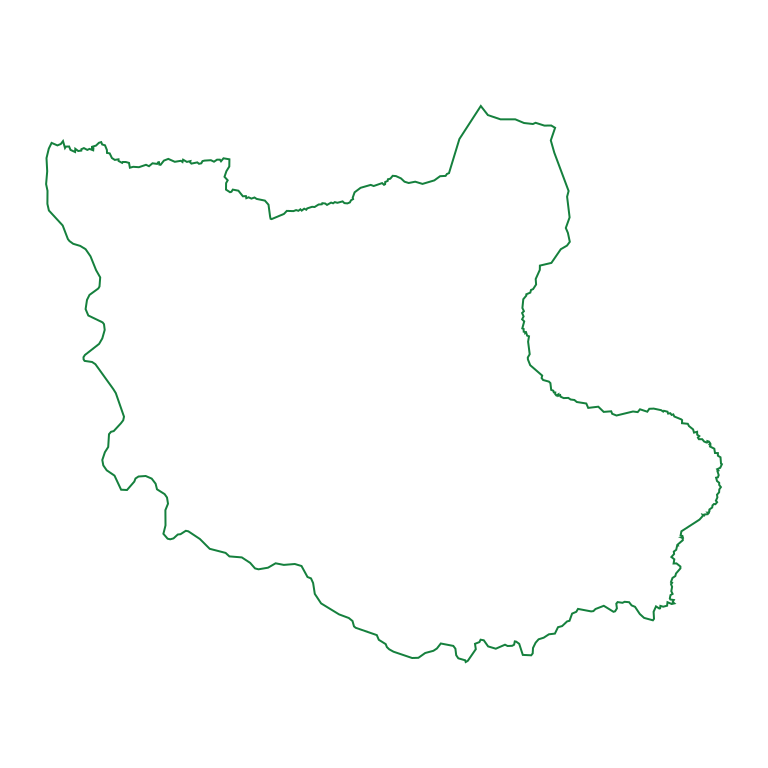 the district of Chembe, Luapula, Zambia
{"feature_id": "96606910B10415646720486", "entity_name": "Chembe", "entity_type": "district", "adm_level": 2, "iso_a3": "ZMB", "parent_name": "Zambia", "parent_adm1": "Luapula", "projection": "orthographic", "projection_center": [28.787, -11.746], "detail": "fine", "context": "isolated", "style": "outline", "palette": "green", "viewbox_px": 768, "rotation_deg": 0, "n_neighbors": 0, "source": "geoboundaries", "source_scale": "gbopen_adm2", "svg_char_len": 6065}
<svg xmlns="http://www.w3.org/2000/svg" viewBox="0 0 768 768"><path d="M555.1,127.8L551.2,125.5L544.4,125.6L535.6,122.8L532.9,124.0L524.0,123.0L515.2,119.3L500.4,119.3L487.9,115.1L480.8,106.0L459.4,139.0L449.0,173.1L446.9,174.0L445.6,175.9L440.1,176.2L434.3,180.4L422.5,183.9L415.2,181.7L408.7,183.0L404.5,181.7L401.0,178.4L396.0,176.1L392.7,175.8L390.3,178.7L387.9,179.3L387.7,180.9L385.2,182.0L385.1,184.2L384.0,184.8L382.1,183.1L373.7,186.0L370.7,184.9L360.6,187.8L354.6,192.3L352.7,197.7L353.1,199.1L351.0,200.3L349.9,202.4L347.4,203.4L344.4,203.1L342.6,201.4L337.4,202.8L334.8,202.1L333.1,203.3L331.1,202.6L327.0,204.9L325.2,203.5L322.3,203.2L321.8,204.3L318.6,204.5L314.6,207.0L312.1,206.8L307.2,208.4L306.3,209.7L304.2,208.7L301.7,210.6L300.4,209.3L298.4,210.8L296.1,210.1L293.5,211.1L286.8,210.9L284.0,213.9L271.6,219.1L270.6,218.8L270.1,216.6L268.5,204.7L264.9,200.6L256.6,198.9L254.5,197.5L251.4,198.6L248.6,197.3L246.3,198.2L245.9,196.1L242.9,196.3L238.4,190.7L232.8,189.6L231.4,191.8L230.0,192.2L226.0,189.6L226.1,183.1L227.7,180.3L224.5,176.8L226.4,171.2L229.3,166.5L229.4,159.3L223.5,158.3L221.0,161.3L219.9,159.7L217.0,159.7L214.0,161.7L210.9,160.2L204.5,160.6L202.5,161.1L201.3,163.3L199.0,163.8L197.3,162.4L191.4,163.6L190.1,162.3L190.4,161.1L186.9,161.9L183.1,159.7L182.5,162.0L180.9,160.8L174.8,161.8L168.3,158.9L163.9,160.6L160.6,164.8L159.3,164.6L159.0,162.2L158.3,162.2L157.1,163.9L152.5,163.3L149.0,166.2L146.0,164.8L138.9,167.2L133.2,166.8L129.9,167.7L129.0,162.9L125.8,162.0L122.8,162.0L122.2,162.9L118.6,161.0L118.5,159.3L114.8,159.9L111.9,158.0L109.7,153.4L107.0,152.9L106.9,150.0L105.0,145.3L102.2,144.5L101.2,142.1L98.9,142.8L96.0,145.6L92.0,146.8L92.0,147.9L93.4,148.3L93.2,150.3L89.5,148.9L87.3,149.9L83.9,148.1L81.4,149.2L81.3,150.6L78.2,151.0L75.3,148.8L75.1,152.0L70.5,149.9L69.1,146.5L65.9,146.6L65.0,148.0L63.0,141.1L60.8,144.0L57.4,145.4L51.6,142.9L48.8,148.6L46.5,158.1L47.2,171.3L46.1,184.1L47.5,190.8L47.4,203.9L48.9,210.5L62.7,225.5L67.9,239.1L69.5,241.1L73.2,243.8L80.2,245.9L85.6,249.2L90.5,256.3L96.1,270.2L100.2,277.4L99.5,286.5L98.3,288.5L89.5,294.9L87.0,299.9L85.6,309.1L88.3,315.5L102.6,322.4L104.0,324.2L104.7,329.9L102.3,338.4L99.1,343.9L84.9,355.0L83.5,357.2L83.6,359.4L84.6,360.9L92.1,362.0L95.4,364.2L113.3,389.1L115.8,393.1L124.0,416.7L123.2,420.3L120.9,423.3L113.7,431.1L111.0,431.8L109.0,434.2L108.2,447.0L104.9,452.2L102.3,460.0L103.3,465.4L106.7,470.3L114.5,475.6L121.1,489.7L127.0,490.0L134.3,481.6L135.5,478.5L138.5,476.5L145.7,476.0L151.7,478.6L155.6,483.7L157.0,489.3L164.6,494.1L167.0,497.5L168.0,503.7L165.4,510.1L165.5,525.4L163.4,533.8L167.6,538.7L170.2,539.3L173.5,538.4L177.8,534.5L180.5,534.2L185.8,530.8L188.3,531.3L199.9,539.0L209.7,548.8L225.6,552.9L229.4,556.4L241.8,557.4L250.2,562.9L255.0,568.4L258.5,569.3L268.0,567.7L275.6,563.3L283.8,564.9L294.8,564.0L301.5,566.0L307.5,577.0L311.0,578.4L313.1,583.0L314.8,593.9L321.1,603.4L339.1,614.4L348.8,618.0L352.5,621.0L354.0,626.4L355.7,627.8L376.8,635.1L378.8,639.8L385.7,644.1L386.9,647.1L389.2,649.3L393.5,651.7L412.1,658.0L418.4,657.8L425.2,653.0L433.4,650.8L436.9,648.5L440.8,643.5L453.3,645.9L455.4,648.7L456.2,655.2L458.3,658.3L465.2,660.3L465.7,662.0L467.8,660.8L475.8,649.2L475.0,643.8L479.4,642.1L480.6,639.7L483.8,640.3L488.1,646.4L495.8,648.7L505.0,644.7L507.6,646.0L512.2,645.8L514.1,644.7L514.8,641.4L516.1,641.6L519.2,643.8L522.8,654.9L531.2,655.3L532.7,653.4L533.0,648.0L535.6,642.7L538.6,639.3L543.7,637.7L548.9,634.3L554.9,633.6L558.0,627.2L562.1,626.1L567.1,621.4L569.5,620.8L572.1,613.6L576.3,611.8L578.0,608.9L591.1,611.4L593.4,611.1L595.5,609.0L603.8,605.8L613.5,611.8L615.1,611.3L616.9,608.4L616.3,603.7L617.6,602.1L622.5,602.8L624.6,601.8L629.1,602.2L631.6,605.4L635.0,606.8L639.8,614.0L644.1,617.9L652.9,620.3L654.0,618.8L653.6,611.8L656.0,606.4L659.3,608.5L660.1,608.3L660.4,605.9L663.2,606.7L667.1,605.7L667.5,602.2L671.7,604.0L674.3,603.4L672.7,602.0L673.8,600.0L670.4,599.5L669.8,598.5L670.5,595.1L672.6,593.9L671.3,591.2L672.1,586.8L671.0,584.1L672.1,582.8L671.0,582.0L672.5,577.9L675.3,576.1L676.0,573.5L680.4,568.4L680.4,566.5L676.5,563.4L673.6,563.5L674.3,559.3L671.4,557.0L674.1,554.0L673.8,551.6L676.2,549.8L677.1,545.8L678.0,545.6L677.5,544.7L682.8,540.2L682.7,538.1L681.8,537.7L682.9,537.6L682.4,535.9L680.6,535.5L681.4,531.3L699.5,519.6L703.0,515.7L702.6,514.8L704.2,515.4L704.4,514.5L707.7,514.2L708.5,512.8L708.1,513.0L707.7,512.6L709.0,512.6L709.4,509.5L712.2,507.5L712.5,505.4L714.0,504.0L715.4,504.2L717.1,502.2L715.9,500.7L717.4,497.4L717.0,494.7L719.1,492.3L719.3,489.4L720.9,487.1L719.2,484.9L719.2,482.8L717.0,481.0L716.1,477.7L717.9,477.3L718.7,475.1L717.4,471.1L718.4,470.6L717.2,469.2L720.2,467.8L721.9,464.2L721.0,463.6L720.5,457.3L717.9,455.7L717.9,453.1L715.0,453.0L714.3,448.7L710.0,446.5L710.5,445.1L709.5,444.5L710.3,443.5L709.0,441.6L707.4,441.1L707.4,442.4L706.4,442.5L704.1,441.5L702.2,439.2L698.9,439.2L697.9,437.6L699.3,436.1L697.2,434.7L697.1,431.8L694.0,432.6L693.1,429.4L689.0,426.1L687.8,423.8L682.0,423.2L682.1,420.1L681.3,419.4L674.3,416.5L673.3,414.4L671.6,414.9L670.3,413.2L668.1,413.6L667.5,411.7L663.9,410.8L663.2,411.6L661.2,410.2L653.7,408.6L649.3,408.8L647.3,411.7L640.0,409.3L637.7,412.1L633.0,411.5L616.5,415.5L612.2,413.8L611.2,411.3L603.7,411.9L598.3,406.7L588.2,407.9L586.3,403.5L576.8,402.0L574.4,400.0L570.6,399.5L568.3,397.9L563.7,398.1L560.6,396.7L560.2,395.1L558.3,395.8L558.4,394.3L556.4,395.5L555.2,394.1L555.3,392.5L553.8,392.4L553.3,390.7L551.2,389.9L550.4,383.1L548.9,381.6L543.1,380.0L541.6,378.0L542.2,375.6L530.2,365.2L527.9,359.4L527.8,357.5L529.7,354.2L528.1,341.7L529.0,336.3L527.1,335.6L526.1,332.4L525.2,333.0L525.2,332.0L523.7,331.7L523.6,328.9L522.3,328.4L524.2,321.4L522.1,319.3L523.6,316.4L522.1,313.0L523.9,311.2L522.4,308.0L523.3,299.2L526.3,295.6L526.3,294.3L530.3,292.6L531.0,290.0L533.1,289.1L536.1,284.5L535.7,279.0L539.8,269.9L539.9,265.6L551.4,262.9L560.8,249.2L567.0,245.6L569.8,241.8L567.9,232.9L565.8,228.0L569.6,217.4L567.1,196.7L568.6,191.0L554.3,152.7L550.8,140.4L555.1,127.8Z" fill="none" stroke="#15803d" stroke-width="2"/></svg>